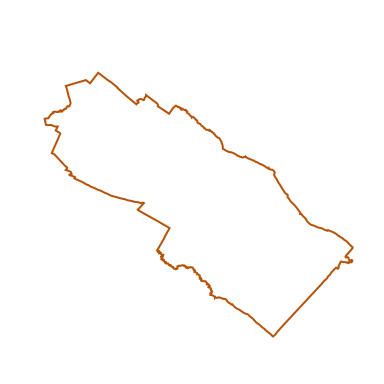 Manastiur, Timis, Romania, rotated 133°
{"feature_id": "2599482B61574794273551", "entity_name": "Manastiur", "entity_type": "district", "adm_level": 2, "iso_a3": "ROU", "parent_name": "Romania", "parent_adm1": "Timis", "projection": "mercator", "projection_center": [22.048, 45.863], "detail": "fine", "context": "isolated", "style": "outline", "palette": "amber", "viewbox_px": 384, "rotation_deg": 133, "n_neighbors": 0, "source": "geoboundaries", "source_scale": "gbopen_adm2", "svg_char_len": 6054}
<svg xmlns="http://www.w3.org/2000/svg" viewBox="0 0 384 384"><g transform="rotate(133 192 192)"><path d="M238.9,349.7L242.5,344.6L241.3,342.9L239.6,341.3L238.8,340.1L237.6,336.9L235.7,334.9L240.0,333.6L239.1,329.8L238.9,328.6L239.2,328.1L259.2,321.1L258.3,318.3L259.4,303.5L259.4,301.2L259.2,300.3L259.4,299.9L260.1,299.7L261.1,299.0L261.8,299.4L262.1,299.3L261.1,297.6L259.9,294.6L260.3,294.0L260.7,292.5L261.1,292.3L261.8,292.6L262.7,293.4L263.2,293.2L263.1,292.5L262.0,291.5L262.2,291.3L260.9,287.7L262.3,287.2L259.5,279.0L258.5,274.6L257.5,271.9L257.2,270.0L255.6,265.9L254.6,262.5L253.8,260.9L252.8,258.0L252.0,255.0L251.1,252.9L250.4,250.4L249.6,248.2L244.7,238.8L243.1,236.3L241.9,233.4L240.6,231.3L239.6,229.9L239.0,228.4L236.1,224.1L235.2,222.1L233.5,220.9L232.9,220.0L232.9,219.6L242.0,219.5L241.8,217.8L236.6,196.6L233.7,183.8L241.9,181.8L245.7,180.6L258.3,177.7L258.1,177.4L258.2,176.9L259.1,176.5L258.9,175.4L259.4,174.2L259.0,174.0L257.8,174.8L257.9,174.0L257.7,173.3L258.5,172.6L258.7,171.9L258.6,171.3L257.5,170.5L257.4,170.2L258.3,169.8L259.0,169.9L259.1,169.4L259.8,169.3L260.1,170.4L260.4,170.5L260.7,170.2L261.0,169.3L262.1,168.5L261.8,168.1L260.9,168.1L261.9,167.2L261.9,166.9L261.5,166.8L261.4,166.4L260.9,166.1L261.1,165.9L261.4,166.2L261.6,165.9L261.8,164.3L261.3,163.8L261.8,163.6L262.2,162.9L261.2,162.3L261.5,161.6L260.6,160.7L261.1,159.2L260.6,158.8L260.8,158.3L260.1,158.2L260.0,157.9L260.5,157.0L260.2,156.1L260.4,155.8L259.8,154.8L260.3,154.2L260.1,153.5L260.3,152.8L259.5,152.1L259.6,151.2L258.1,150.4L257.4,151.3L256.2,152.0L255.6,151.2L254.6,151.2L254.2,150.3L252.1,149.1L251.7,148.7L251.5,147.5L250.9,147.4L250.8,147.0L251.2,145.8L250.8,145.7L250.6,145.4L251.2,145.1L251.3,144.5L251.2,144.2L250.9,144.1L250.7,143.2L250.4,142.9L249.7,143.3L249.2,142.9L248.6,142.0L247.8,141.8L247.6,141.0L246.8,140.1L247.4,138.6L247.4,137.8L247.2,137.5L247.9,137.2L247.6,136.1L248.3,135.9L248.2,135.7L248.4,135.6L248.2,135.5L248.3,134.6L247.8,133.3L248.8,132.1L247.9,131.1L248.0,130.5L247.8,129.3L249.0,128.5L249.1,128.2L248.9,127.3L250.1,127.1L250.0,126.7L249.3,126.6L249.2,125.9L249.5,125.6L250.1,125.5L250.7,124.4L249.7,123.9L249.2,122.3L248.4,121.7L248.0,121.1L248.3,120.1L248.3,118.8L249.5,118.2L249.5,117.9L248.6,117.6L248.3,117.1L248.2,116.7L248.8,116.0L248.6,114.9L249.2,114.7L250.0,115.2L250.5,115.1L250.5,114.9L249.9,114.2L249.6,112.8L249.6,112.4L250.2,112.2L250.4,111.5L251.1,110.9L251.2,110.6L250.9,109.9L250.9,109.6L252.3,108.9L253.2,109.5L253.8,109.5L254.1,109.1L254.1,108.5L254.7,108.2L253.8,107.1L253.3,105.4L253.2,104.4L253.0,103.8L253.6,103.2L252.8,103.3L252.9,102.1L252.8,101.9L251.5,100.9L250.8,100.7L249.1,97.2L248.9,96.2L247.8,95.1L247.5,94.2L247.4,93.2L248.0,91.3L247.7,89.5L247.9,89.1L247.6,88.7L247.4,87.5L247.5,86.4L246.7,86.0L247.0,83.0L246.9,80.6L245.7,76.6L245.1,71.8L244.4,69.7L243.5,68.1L243.3,67.2L243.5,65.8L243.4,63.4L243.1,61.8L243.6,55.6L243.2,53.7L243.0,50.6L243.1,48.2L242.7,46.0L242.9,43.7L242.3,37.1L242.5,35.6L242.4,34.2L239.8,33.9L234.6,34.3L233.9,34.1L231.6,34.4L169.5,34.5L168.1,34.7L162.5,34.3L161.9,34.8L161.1,34.9L158.5,34.7L155.5,35.2L151.8,35.2L149.1,35.0L148.7,33.0L148.5,32.9L147.1,33.3L146.7,33.6L146.5,34.1L141.4,35.7L140.9,35.3L139.9,33.2L138.9,32.3L137.0,28.3L137.0,29.8L134.6,27.4L134.1,27.4L132.8,28.1L132.7,28.4L133.0,29.1L133.4,29.1L134.0,28.5L135.2,29.6L134.3,30.9L134.0,31.9L133.4,32.9L133.6,33.8L135.0,34.9L134.9,35.4L133.9,35.9L133.1,36.0L126.3,36.1L123.3,36.4L122.9,36.8L122.9,40.3L122.6,45.5L123.2,48.3L123.2,51.0L123.9,53.2L123.9,54.5L124.2,55.6L124.3,58.0L125.3,61.9L127.2,66.6L127.9,66.5L129.4,69.5L129.7,71.6L130.8,73.7L131.9,75.4L133.6,80.2L134.9,82.8L135.1,86.9L134.4,89.5L134.0,90.3L133.9,95.2L133.5,96.9L134.4,97.8L134.1,98.1L133.6,98.1L133.3,98.4L132.3,103.9L131.8,106.6L131.5,113.7L130.7,117.1L130.6,118.6L128.9,119.9L129.2,123.1L127.7,129.5L126.6,133.0L126.4,134.4L124.6,139.8L124.3,141.6L123.9,142.4L124.0,143.1L122.9,144.0L121.3,144.7L120.8,146.0L120.8,146.9L120.9,148.5L122.0,149.8L122.4,150.7L122.5,151.6L122.2,152.1L122.7,152.0L122.9,152.3L123.7,157.4L124.6,160.5L125.1,161.3L125.8,164.5L126.2,165.6L126.4,165.6L126.9,168.0L128.9,173.3L129.5,175.3L129.5,176.6L129.8,176.4L130.6,177.7L132.0,178.2L132.5,178.9L132.8,180.1L133.5,180.6L133.7,181.9L134.3,183.1L134.7,185.6L135.3,188.3L136.5,191.0L137.5,192.0L137.9,193.6L138.4,194.6L138.9,197.5L139.4,198.8L136.9,201.5L135.8,204.1L135.2,204.5L134.2,208.1L134.1,209.2L134.8,210.4L134.5,211.6L134.8,212.4L134.8,213.2L134.6,214.1L134.3,214.5L134.5,215.7L134.1,216.4L134.5,217.3L134.5,218.5L134.3,218.7L134.6,219.0L134.7,219.9L135.3,220.6L135.1,220.8L134.7,220.6L134.6,220.8L134.8,221.1L134.7,221.6L135.5,221.9L136.3,223.6L136.9,224.5L136.8,225.8L137.0,226.4L136.6,226.7L136.8,227.7L136.7,228.8L137.0,230.1L136.6,232.1L137.1,233.9L137.6,234.6L137.4,235.5L136.2,236.8L136.5,237.1L136.4,238.3L136.6,238.8L136.2,239.3L136.3,240.4L136.2,242.0L136.8,242.8L137.7,242.9L137.1,243.9L137.4,245.6L137.0,247.5L137.5,249.7L137.3,250.1L136.3,250.5L136.5,251.0L136.3,252.0L136.7,252.3L136.4,252.7L137.2,253.6L137.5,255.1L138.7,255.4L139.1,256.3L139.0,256.8L138.1,256.9L138.3,257.8L138.8,258.3L138.5,259.0L138.8,259.8L139.5,260.2L139.4,261.0L139.8,261.8L139.9,262.7L143.8,263.1L150.4,262.1L152.6,275.5L151.7,276.1L151.0,277.6L152.5,291.7L153.5,290.8L155.3,290.9L157.2,289.9L157.9,290.2L158.5,292.1L159.4,293.5L160.0,293.9L160.8,293.8L162.4,294.4L162.8,293.6L162.7,292.6L163.3,292.0L163.5,292.2L163.4,292.7L165.8,292.5L166.5,304.0L166.8,317.5L166.4,317.7L166.9,326.2L167.7,330.6L168.8,341.9L182.1,340.7L182.5,345.9L200.5,356.6L201.6,354.4L206.6,346.7L207.2,345.3L209.6,341.6L210.3,341.1L212.5,340.3L213.4,340.3L213.7,340.7L214.0,341.5L215.5,341.6L216.6,340.9L217.4,341.1L218.2,342.0L219.0,341.6L220.4,342.1L221.1,341.9L221.4,342.2L221.3,342.9L222.0,343.1L222.3,342.4L222.8,343.0L222.4,344.1L222.7,344.2L223.5,343.7L224.1,343.9L224.5,344.8L225.0,344.8L225.8,345.5L226.4,346.7L227.7,347.9L228.7,347.3L228.8,348.0L230.6,347.7L231.4,348.1L236.2,347.4L237.4,348.6L238.9,349.7Z" fill="none" stroke="#b45309" stroke-width="2"/></g></svg>